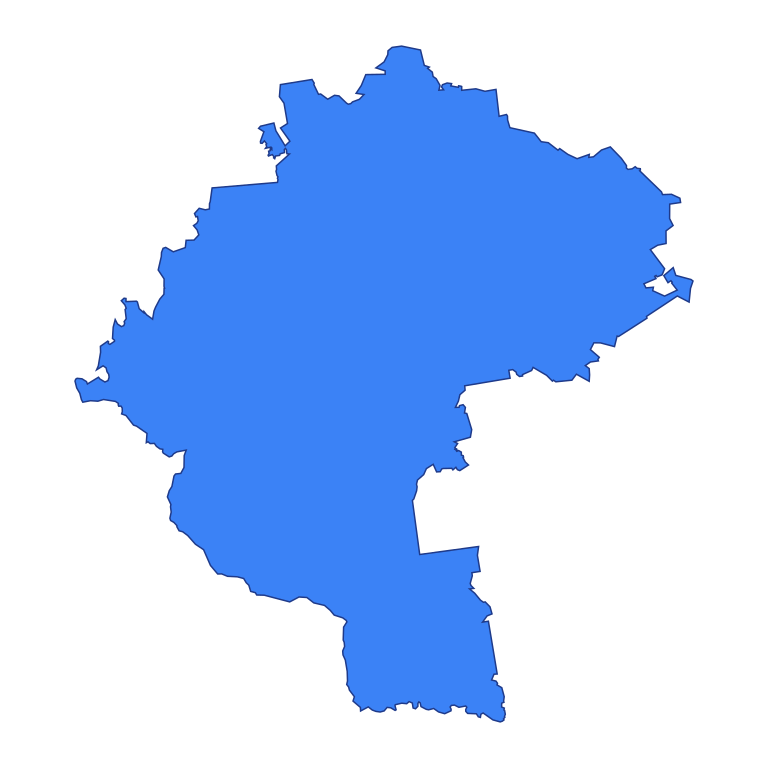 Ģibuļu pag., Talsi, Latvia (orthographic projection)
{"feature_id": "27541924B60318700247351", "entity_name": "Ģibuļu pag.", "entity_type": "district", "adm_level": 2, "iso_a3": "LVA", "parent_name": "Latvia", "parent_adm1": "Talsi", "projection": "orthographic", "projection_center": [22.362, 57.197], "detail": "fine", "context": "isolated", "style": "filled", "palette": "blue", "viewbox_px": 768, "rotation_deg": 0, "n_neighbors": 0, "source": "geoboundaries", "source_scale": "gbopen_adm2", "svg_char_len": 6070}
<svg xmlns="http://www.w3.org/2000/svg" viewBox="0 0 768 768"><path d="M488.4,621.2L482.6,622.1L487.1,615.9L492.0,613.9L490.0,606.8L485.2,601.9L483.5,602.3L480.5,600.2L474.7,593.2L469.5,588.9L473.8,588.4L471.0,585.5L470.2,583.5L472.3,575.8L471.9,572.7L480.1,571.4L477.4,555.3L478.6,546.5L419.7,554.5L412.4,500.4L413.8,499.0L416.6,490.8L417.1,486.8L416.5,484.2L417.5,480.0L423.7,474.6L426.4,468.6L433.2,464.3L436.6,471.9L440.2,471.7L441.7,469.0L443.0,468.5L451.8,468.3L452.9,469.9L455.9,467.3L457.4,469.7L459.8,470.6L468.5,465.0L465.3,462.0L463.0,457.7L463.6,457.2L463.2,455.7L461.4,455.1L461.3,452.1L458.6,450.5L456.8,451.3L456.2,450.4L457.0,450.0L456.6,448.9L455.0,449.1L455.4,448.3L454.8,447.7L457.6,443.5L454.3,441.8L470.4,437.2L471.7,429.6L466.8,413.5L464.5,413.0L465.4,407.4L463.1,404.7L459.5,405.6L459.1,407.3L455.4,407.4L458.4,401.1L459.9,394.7L465.1,390.2L464.7,385.8L510.1,378.2L508.8,370.3L512.7,369.6L516.1,372.1L516.7,374.3L519.5,376.5L522.6,376.0L522.5,374.6L531.6,370.5L533.1,367.4L546.6,375.3L552.4,381.1L553.5,380.2L555.8,381.8L571.9,380.2L576.4,374.2L589.2,381.3L589.6,374.9L589.2,368.6L585.3,365.6L590.4,362.0L598.4,360.9L597.9,359.4L599.3,357.3L590.4,349.6L593.9,342.8L600.5,342.9L614.5,346.6L617.1,336.1L618.5,336.5L647.0,318.2L646.5,316.4L677.3,296.0L689.1,302.1L690.5,288.4L693.0,281.0L691.0,279.5L675.8,275.4L673.2,267.6L663.8,275.6L668.0,282.7L670.9,280.7L672.2,282.2L671.7,283.1L677.2,290.1L664.6,296.1L652.7,290.7L653.4,287.2L646.0,287.9L643.9,283.8L656.0,278.6L654.7,276.3L656.1,275.5L657.2,276.8L662.0,274.9L662.9,273.0L664.6,268.7L650.3,249.6L657.7,245.2L666.1,243.5L666.0,230.9L673.1,225.5L669.6,218.6L669.7,204.1L680.6,202.5L679.9,198.2L671.5,194.3L662.5,194.6L661.5,191.9L639.6,170.7L640.4,170.0L640.3,168.7L637.1,168.3L635.2,166.7L632.2,168.8L628.0,169.4L626.4,168.1L626.5,165.6L621.4,158.4L610.3,146.9L601.5,150.0L593.5,156.8L588.8,157.4L589.3,154.4L577.1,158.7L567.9,154.4L559.7,148.6L558.0,150.2L548.3,142.7L541.2,141.7L534.4,133.1L509.9,127.7L507.6,120.0L507.5,116.1L506.5,114.5L499.1,116.3L496.0,89.4L485.0,91.3L475.9,88.8L461.7,90.3L461.7,86.5L461.0,86.2L458.6,85.8L458.3,87.3L450.8,85.9L451.6,83.6L447.1,83.0L442.5,84.7L441.5,86.9L443.6,89.8L438.9,90.2L440.0,85.4L436.2,78.7L433.1,76.5L432.3,72.1L427.6,68.4L429.3,67.1L424.3,65.4L420.5,50.0L401.6,46.1L392.1,47.4L388.0,50.8L387.8,54.6L384.1,61.9L375.9,67.9L385.2,70.9L385.2,74.3L365.8,74.6L361.3,85.5L356.1,93.3L364.0,94.5L359.4,99.3L352.5,101.9L350.8,103.6L348.3,104.2L346.6,103.2L339.0,95.9L334.5,95.3L327.7,99.2L320.7,94.0L318.5,94.3L313.8,84.5L314.2,83.1L312.0,79.5L280.4,84.6L279.4,96.7L284.0,103.2L287.5,123.5L280.5,128.0L289.9,141.2L285.1,145.8L275.9,130.8L273.9,123.0L260.5,126.2L258.6,128.4L263.9,131.7L260.4,141.4L260.6,143.1L262.2,143.3L264.4,140.9L266.7,143.8L266.0,144.6L266.7,146.7L265.5,148.3L271.0,147.1L271.8,147.9L271.8,149.6L270.6,148.6L270.1,149.1L270.4,150.6L268.6,151.2L269.1,153.5L268.1,155.2L268.5,156.0L272.3,154.6L274.0,156.8L273.6,157.8L274.7,158.7L275.6,156.0L279.6,155.4L280.2,153.8L284.5,152.6L284.3,149.6L285.4,148.4L286.4,149.7L286.9,153.7L289.5,154.0L276.3,165.9L276.6,169.4L276.0,171.2L277.0,175.5L278.0,176.9L277.4,178.2L278.0,179.6L277.5,182.4L212.1,187.9L210.2,201.7L209.5,203.6L209.4,209.0L205.3,209.8L199.2,208.3L194.5,213.5L195.9,216.9L197.5,216.5L198.2,220.8L196.8,223.3L193.5,225.6L197.1,229.9L198.8,234.9L194.0,240.1L186.1,240.3L185.3,247.6L173.3,251.8L165.7,247.4L163.1,248.3L161.5,252.5L161.3,256.6L158.2,270.0L164.1,278.9L164.0,286.3L164.6,288.2L164.1,288.3L163.9,294.3L159.8,299.1L155.6,307.1L154.0,311.0L152.6,319.2L146.6,314.8L144.0,311.6L143.9,312.8L139.2,308.7L137.4,302.0L136.5,301.2L126.0,301.6L126.0,298.5L124.1,298.2L121.3,300.7L124.9,304.9L126.2,308.3L125.1,309.5L126.2,318.7L124.1,321.7L124.7,323.1L123.8,325.6L121.4,326.6L117.5,324.0L115.2,319.6L113.2,327.1L112.5,338.5L114.5,340.2L114.5,341.3L109.9,344.4L108.3,343.5L108.6,341.8L107.8,341.1L100.4,346.3L100.6,352.2L98.3,365.9L96.6,369.8L103.1,365.8L106.1,367.9L107.0,371.7L108.7,374.3L109.1,377.2L108.0,380.6L104.9,382.0L99.9,379.0L98.5,377.2L87.4,384.0L86.5,381.6L82.0,378.8L77.1,378.3L75.7,379.2L75.0,381.1L76.7,387.9L79.8,393.3L81.4,399.6L82.8,402.2L90.5,400.7L97.9,401.2L103.5,399.5L115.4,401.4L118.4,403.4L118.2,404.8L118.7,406.2L121.0,406.1L122.2,408.0L122.3,411.7L121.6,413.9L126.0,415.5L133.5,425.1L136.5,426.1L147.0,433.4L146.3,442.7L148.0,441.8L150.2,443.6L154.4,443.4L156.4,446.3L160.0,448.9L162.8,449.3L162.6,451.8L163.3,453.1L169.2,456.9L171.9,456.0L173.6,453.8L176.8,451.9L186.2,450.1L184.2,455.6L184.0,467.5L180.8,473.4L175.5,474.0L174.0,476.0L171.9,486.5L169.3,490.6L167.4,496.9L170.9,504.5L170.5,506.8L171.2,512.1L169.9,518.2L170.6,520.5L173.9,522.4L176.9,525.6L176.9,526.8L179.1,530.8L182.6,531.7L187.7,535.5L195.4,544.2L203.6,549.7L210.5,565.5L217.7,574.0L221.7,573.9L227.5,576.3L237.3,576.8L243.7,578.5L246.2,582.7L248.8,585.2L250.7,591.4L255.4,592.7L256.7,595.0L264.3,595.2L289.7,601.9L299.0,597.0L306.9,597.5L313.8,602.9L324.5,605.4L330.3,610.4L334.2,615.1L342.7,617.8L346.2,620.4L346.9,621.9L343.6,627.1L343.2,640.0L344.2,642.3L344.6,646.5L342.7,651.0L343.0,654.9L345.3,660.0L347.2,671.3L347.5,681.0L346.7,684.5L348.6,687.0L349.4,690.1L354.4,696.7L353.0,701.1L360.4,707.4L360.6,711.0L368.3,706.9L372.2,710.0L375.9,711.4L380.2,712.0L384.2,710.9L387.1,707.4L390.7,707.8L395.1,710.4L396.1,709.8L395.0,705.7L395.3,704.7L401.7,703.2L406.7,703.7L409.1,701.6L412.3,703.0L413.1,708.0L415.5,708.8L417.9,706.3L417.9,703.4L418.9,701.9L420.2,702.9L421.0,706.6L426.2,709.3L428.6,709.8L433.7,708.5L438.5,711.9L444.7,713.7L451.0,710.8L451.1,709.2L450.1,707.0L451.4,705.4L454.5,705.1L458.9,707.3L465.7,706.0L466.8,707.2L465.7,709.6L465.8,711.4L467.6,713.4L476.4,713.8L478.3,716.8L480.4,717.4L480.9,714.2L483.1,713.0L492.9,719.9L500.2,721.9L502.3,721.2L504.0,719.9L503.5,718.9L504.9,717.2L504.5,716.4L505.3,714.3L504.6,710.4L503.9,710.0L504.3,708.1L501.6,707.0L501.7,703.2L504.0,702.2L503.6,701.2L504.2,696.7L501.8,687.7L497.0,684.9L497.5,683.3L496.0,681.1L491.6,680.0L494.0,674.2L497.2,674.0L488.4,621.2Z" fill="#3b82f6" stroke="#1e3a8a" stroke-width="1.5"/></svg>